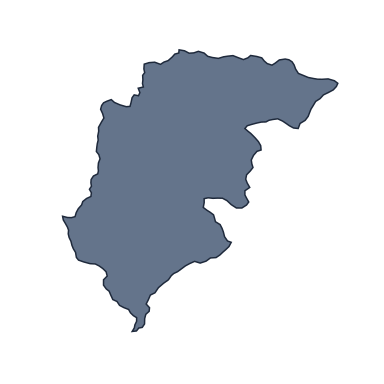 the district of Ingaí, Minas Gerais, Brazil, rotated 281°
{"feature_id": "56859067B52529568172767", "entity_name": "Ingaí", "entity_type": "district", "adm_level": 2, "iso_a3": "BRA", "parent_name": "Brazil", "parent_adm1": "Minas Gerais", "projection": "natural_earth1", "projection_center": [-44.929, -21.424], "detail": "fine", "context": "isolated", "style": "filled", "palette": "slate", "viewbox_px": 384, "rotation_deg": 281, "n_neighbors": 0, "source": "geoboundaries", "source_scale": "gbopen_adm2", "svg_char_len": 2905}
<svg xmlns="http://www.w3.org/2000/svg" viewBox="0 0 384 384"><g transform="rotate(281 192 192)"><path d="M70.3,172.4L73.3,168.4L77.9,169.7L82.9,170.8L86.0,174.9L91.7,177.3L97.0,181.5L101.3,185.6L105.9,187.6L108.5,189.6L111.0,193.0L115.0,196.7L118.3,199.7L121.4,203.5L124.4,207.8L123.8,213.6L126.8,219.0L130.8,222.7L132.2,228.1L135.5,231.4L139.0,233.9L141.8,236.1L145.5,238.7L150.1,240.1L150.7,236.2L154.3,232.5L158.8,230.4L162.1,228.4L165.4,225.8L167.3,220.7L170.6,219.1L173.7,217.5L175.6,213.6L177.0,210.0L179.0,206.0L183.8,206.0L187.8,205.2L189.4,209.0L189.8,213.8L190.9,218.3L191.7,223.1L190.2,228.0L187.1,232.9L184.8,238.6L185.8,244.0L189.6,248.0L193.0,249.6L196.3,246.8L199.2,244.5L203.3,243.7L207.5,247.8L211.3,244.5L214.8,242.3L219.3,242.3L223.9,245.3L227.7,247.2L231.0,245.4L234.7,244.1L239.7,245.4L244.3,248.0L246.4,251.8L250.6,250.6L254.1,247.6L257.3,243.5L260.7,238.5L262.3,235.4L264.4,231.8L267.6,233.6L269.7,237.6L271.9,242.1L273.9,246.8L274.9,251.2L277.1,253.9L278.6,257.5L280.2,262.2L278.9,267.4L277.3,271.2L275.6,275.0L274.2,279.5L274.6,284.1L279.9,285.0L283.9,289.4L288.4,291.6L293.0,292.4L296.1,293.0L299.5,294.3L304.5,296.1L308.1,299.9L312.4,302.5L316.1,307.4L319.2,311.2L323.1,313.6L326.5,314.4L328.4,310.6L329.0,304.1L327.5,298.3L326.7,293.8L326.6,289.8L326.6,284.3L327.7,278.9L328.7,273.8L332.5,270.2L336.2,268.0L338.9,265.4L340.3,261.9L340.3,258.1L338.3,252.5L334.4,249.1L331.8,246.3L332.4,241.3L334.4,237.9L337.0,234.9L337.4,229.8L337.2,223.5L334.4,221.3L331.8,217.2L332.7,211.6L333.7,206.2L332.2,201.3L330.7,197.1L328.2,192.4L327.9,186.2L328.2,181.5L330.7,177.4L331.3,171.4L328.9,167.2L327.7,162.7L329.2,157.7L329.1,152.2L325.9,152.5L324.1,148.8L320.7,146.8L316.4,143.5L314.2,139.7L311.3,136.7L312.3,130.6L310.8,125.2L308.4,120.7L303.6,121.3L300.1,122.8L297.1,121.3L292.6,122.4L289.0,122.7L285.8,124.2L283.6,119.4L279.6,121.9L276.3,121.1L276.3,116.7L273.1,115.2L268.1,115.1L264.2,114.8L263.2,111.2L263.8,104.7L265.1,98.8L267.3,95.1L264.8,91.0L262.7,88.2L259.7,86.8L255.8,86.5L251.9,89.3L247.8,91.4L243.5,89.8L237.6,87.9L233.9,88.8L228.8,88.8L225.0,90.0L221.4,89.8L217.9,90.0L213.5,90.4L210.9,93.4L207.0,95.4L202.6,94.6L198.1,95.1L194.8,96.1L191.8,96.0L188.9,92.2L185.0,90.6L181.7,91.0L178.5,92.2L175.1,90.8L172.0,93.4L168.3,93.6L165.5,89.7L161.8,86.6L158.2,86.1L154.0,83.6L149.8,82.3L145.5,81.9L143.8,78.5L143.2,74.5L143.5,69.6L140.0,71.0L137.1,73.6L133.8,76.4L131.0,78.1L127.3,78.5L123.8,80.1L120.5,82.6L116.8,84.3L113.7,86.3L110.5,89.2L105.7,91.0L103.5,93.6L102.7,98.9L102.2,105.6L102.9,110.8L101.7,115.0L99.8,119.1L97.3,122.9L93.3,124.8L89.0,121.9L83.7,122.9L80.5,126.3L78.8,129.6L75.5,131.8L71.3,134.8L70.2,139.3L66.9,142.5L65.5,147.2L64.6,152.2L61.7,154.6L59.4,158.1L58.1,161.6L54.5,162.3L50.7,161.3L47.6,161.3L43.7,159.9L45.0,164.0L48.3,165.7L49.6,169.0L53.4,170.6L58.7,169.7L63.1,170.0L66.7,172.7L70.3,172.4Z" fill="#64748b" stroke="#1e293b" stroke-width="1.5"/></g></svg>